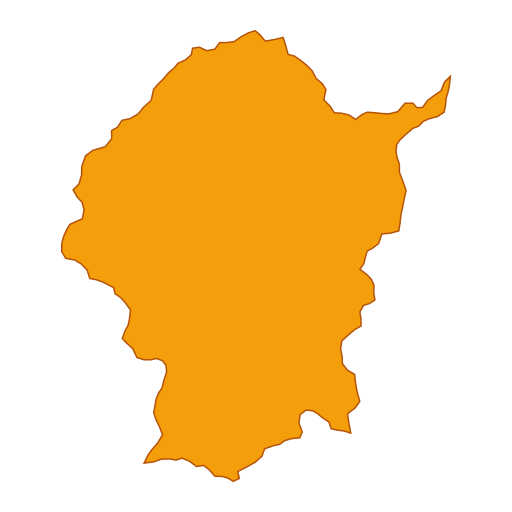 the district of Carvalhos, Minas Gerais, Brazil
{"feature_id": "56859067B78944431243735", "entity_name": "Carvalhos", "entity_type": "district", "adm_level": 2, "iso_a3": "BRA", "parent_name": "Brazil", "parent_adm1": "Minas Gerais", "projection": "albers", "projection_center": [-44.48, -22.028], "detail": "fine", "context": "isolated", "style": "filled", "palette": "amber", "viewbox_px": 512, "rotation_deg": 0, "n_neighbors": 0, "source": "geoboundaries", "source_scale": "gbopen_adm2", "svg_char_len": 2602}
<svg xmlns="http://www.w3.org/2000/svg" viewBox="0 0 512 512"><path d="M144.1,463.1L153.5,461.9L161.3,459.2L169.4,458.9L176.0,460.1L182.1,458.2L189.6,461.3L196.6,466.5L203.5,465.4L209.1,469.6L214.9,476.2L222.5,476.5L227.9,478.1L233.3,481.3L239.3,478.4L237.8,471.5L244.7,468.0L255.0,462.4L261.9,456.3L264.6,448.8L273.1,445.8L279.7,444.3L284.5,440.7L291.2,438.7L299.8,437.8L302.2,431.9L298.9,422.9L300.2,414.6L306.0,410.1L312.5,410.7L317.6,413.6L322.4,417.7L328.8,421.9L331.2,428.7L336.6,430.0L343.5,430.9L350.8,433.1L348.9,423.4L347.5,413.8L355.3,407.8L359.8,401.3L358.1,395.5L356.6,389.3L355.3,381.6L354.7,374.4L347.4,370.2L342.4,363.6L342.1,356.5L340.6,349.0L341.8,340.9L349.1,334.3L354.9,329.5L361.0,326.0L361.0,319.5L359.9,311.9L363.5,305.4L369.5,303.5L374.9,300.0L373.7,292.4L374.0,285.3L371.3,279.3L366.8,274.5L359.9,269.3L363.8,263.7L365.3,257.3L367.2,251.1L372.5,248.2L378.6,243.6L381.9,233.9L390.3,233.2L398.8,230.9L400.2,222.0L400.9,215.0L402.4,208.1L404.0,199.8L406.1,190.4L402.4,180.0L399.4,172.2L399.4,164.3L397.1,157.5L396.0,151.6L396.7,144.5L400.0,139.8L405.8,134.4L412.9,128.3L418.5,126.3L423.2,121.4L429.5,118.6L437.4,116.6L444.1,112.2L445.5,105.2L446.2,97.9L448.0,92.1L449.5,84.8L450.3,76.3L444.5,82.1L441.0,90.8L433.7,95.8L427.4,100.6L422.6,107.4L416.9,107.7L412.9,103.2L405.1,103.2L397.7,111.7L388.8,113.9L382.9,113.6L375.3,112.8L367.2,112.2L361.9,114.6L355.7,119.4L348.8,114.9L341.5,113.2L334.2,112.8L330.3,106.4L323.8,99.9L325.9,89.5L322.5,83.9L316.2,78.5L312.0,70.6L306.6,65.2L300.8,60.5L294.5,56.1L288.1,54.4L285.7,45.5L283.1,37.4L274.6,39.5L265.2,41.1L260.1,34.9L255.2,30.7L248.3,32.9L241.0,36.8L234.1,41.7L225.7,42.6L219.7,42.6L214.8,49.2L206.7,50.7L199.4,47.2L192.6,48.2L191.3,54.7L185.3,60.0L177.8,63.4L174.1,68.1L168.6,72.7L163.2,79.1L158.5,83.7L153.6,89.3L151.2,100.3L143.4,107.4L138.2,113.9L130.1,118.6L122.0,120.3L117.4,127.3L111.6,130.5L111.7,138.7L105.3,146.7L99.1,148.5L92.7,150.4L85.6,155.8L81.8,166.3L81.6,174.8L79.1,183.8L73.1,189.8L77.1,196.9L82.0,202.3L84.1,209.8L82.4,218.7L75.0,222.0L69.9,224.3L66.5,230.0L63.5,236.9L61.7,243.8L61.8,251.8L65.7,258.3L74.7,260.0L81.1,263.8L87.1,270.0L89.8,278.5L96.3,279.7L102.8,282.0L108.2,284.9L113.6,287.6L115.1,293.8L120.3,297.3L125.0,302.3L130.5,310.0L129.4,319.4L128.1,325.3L124.8,331.5L122.3,338.6L127.1,343.5L132.7,348.6L136.9,357.5L144.1,359.8L150.6,359.8L156.5,358.5L162.5,360.7L166.1,365.6L166.6,372.1L164.0,379.9L162.1,387.7L158.6,393.0L156.2,398.8L154.9,406.2L153.7,412.8L156.2,420.2L159.5,426.7L162.5,434.8L157.7,443.0L151.6,449.9L147.7,455.6L144.1,463.1Z" fill="#f59e0b" stroke="#b45309" stroke-width="1.5"/></svg>